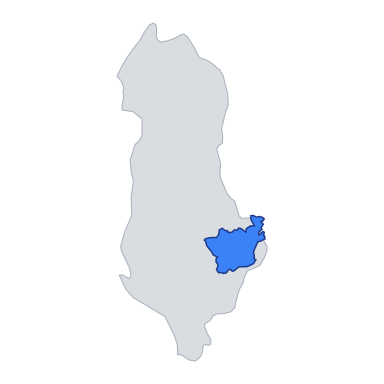 location of Kuçovë, Korçë, Albania
{"feature_id": "67620474B90792074310011", "entity_name": "Kuçovë", "entity_type": "district", "adm_level": 2, "iso_a3": "ALB", "parent_name": "Albania", "parent_adm1": "Korçë", "projection": "equal_earth", "projection_center": [20.706, 40.677], "detail": "fine", "context": "in_parent", "style": "filled", "palette": "blue", "viewbox_px": 384, "rotation_deg": 0, "n_neighbors": 0, "source": "geoboundaries", "source_scale": "gbopen_adm2", "svg_char_len": 2385}
<svg xmlns="http://www.w3.org/2000/svg" viewBox="0 0 384 384"><path d="M122.0,110.1L122.3,104.5L123.7,95.7L123.0,92.7L123.8,87.7L121.2,80.9L117.0,76.1L121.2,67.5L127.3,57.2L132.9,49.0L139.8,40.4L144.3,32.2L149.2,25.2L153.4,23.0L155.5,24.5L156.6,27.6L156.3,36.7L157.7,39.9L160.6,42.2L166.7,41.0L173.5,38.8L182.6,34.0L184.1,34.3L187.5,36.8L194.5,47.8L199.1,57.5L208.3,60.9L213.5,64.6L220.1,70.4L223.3,76.2L227.7,93.9L228.3,104.7L226.9,109.6L225.8,110.8L221.7,128.3L222.7,137.2L222.6,143.1L219.1,145.4L216.8,149.1L220.6,163.8L220.1,170.0L220.2,177.1L227.0,193.5L231.0,198.5L234.6,200.9L239.2,216.0L241.9,218.6L253.1,217.2L258.6,218.9L260.7,222.4L261.2,224.9L260.5,233.3L263.3,239.8L267.0,246.5L267.0,250.6L264.5,257.3L260.0,265.2L254.1,268.2L247.6,270.7L244.5,276.8L242.9,283.3L240.0,288.1L238.1,293.4L235.4,304.1L234.7,308.0L230.3,312.0L223.4,313.6L217.3,313.9L213.1,315.8L211.0,319.5L207.0,322.4L204.7,323.8L204.7,327.0L207.5,333.9L210.8,339.5L210.8,343.9L209.2,345.2L204.2,344.6L203.1,346.3L202.6,351.2L201.2,355.5L199.1,358.1L195.5,361.0L188.9,360.0L182.8,355.7L179.5,354.4L177.7,354.6L177.2,344.1L174.6,336.0L164.8,316.4L133.1,297.5L125.7,289.0L122.4,281.8L119.2,275.1L122.3,274.9L125.4,276.6L129.4,278.7L131.0,275.3L129.4,267.9L121.3,250.7L120.7,246.0L124.8,231.6L131.6,215.5L131.2,195.9L133.4,181.2L131.2,171.7L130.1,160.0L135.1,144.5L139.3,140.6L141.9,135.7L142.1,119.2L132.8,111.5L122.0,110.1Z" fill="#d9dde1" stroke="#a8b0b8" stroke-width="1"/><path d="M219.3,229.9L218.7,234.5L216.5,237.5L210.2,237.6L208.4,238.0L206.9,238.4L204.9,239.1L204.4,240.1L205.6,241.5L207.0,246.1L211.8,252.0L213.1,254.8L217.5,257.2L216.1,258.6L216.0,261.7L217.7,264.2L217.8,266.6L216.5,269.6L218.5,272.7L221.6,272.6L223.5,273.5L226.6,272.7L228.2,270.0L230.1,269.3L232.3,271.2L234.0,270.8L239.1,266.8L247.3,266.6L253.4,263.7L255.9,259.8L253.7,258.7L254.3,257.4L254.3,255.1L253.4,253.6L254.3,249.7L257.8,241.8L260.6,241.1L262.9,239.9L264.9,239.0L264.6,236.0L263.3,235.3L264.2,233.1L264.1,232.1L263.1,231.5L259.0,235.0L258.5,232.2L262.0,229.4L261.0,227.8L263.3,224.2L260.9,221.6L263.0,220.8L264.2,218.8L262.1,217.2L259.0,216.5L256.6,217.3L253.5,215.5L250.9,215.7L250.9,219.2L254.4,225.9L250.3,226.0L246.3,228.7L245.8,232.1L240.9,228.5L238.7,228.1L237.0,230.2L234.5,229.8L231.9,232.3L228.2,232.5L227.5,230.7L225.2,230.6L222.3,228.3L219.3,229.9Z" fill="#3b82f6" stroke="#1e3a8a" stroke-width="1.5"/></svg>